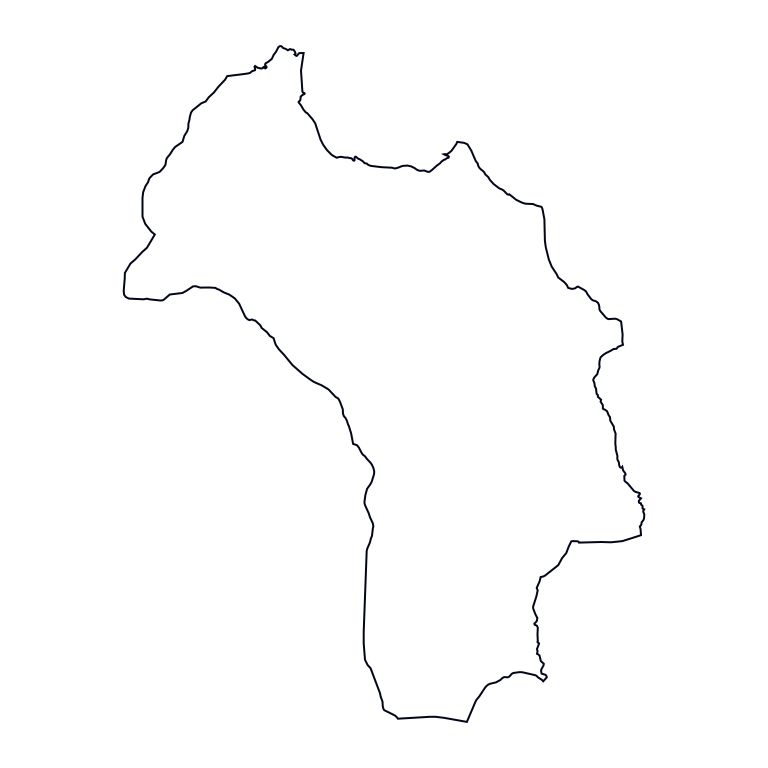 Deleg, Cañar, Ecuador
{"feature_id": "8360857B48088232281675", "entity_name": "Deleg", "entity_type": "district", "adm_level": 2, "iso_a3": "ECU", "parent_name": "Ecuador", "parent_adm1": "Cañar", "projection": "mercator", "projection_center": [-78.939, -2.766], "detail": "fine", "context": "isolated", "style": "outline", "palette": "ink", "viewbox_px": 768, "rotation_deg": 0, "n_neighbors": 0, "source": "geoboundaries", "source_scale": "gbopen_adm2", "svg_char_len": 6068}
<svg xmlns="http://www.w3.org/2000/svg" viewBox="0 0 768 768"><path d="M584.0,289.9L578.0,286.6L577.3,286.7L575.3,288.2L573.2,288.8L571.4,288.8L568.2,287.9L566.8,285.0L564.0,281.9L558.2,277.5L556.8,274.4L551.7,266.6L548.8,259.4L545.8,247.3L544.9,240.7L544.4,219.3L542.6,209.7L542.0,207.8L541.3,206.8L536.6,205.6L532.9,204.0L526.9,203.8L524.5,203.5L521.7,202.5L516.2,199.8L509.3,194.3L508.7,194.7L507.3,194.3L503.6,190.5L501.6,189.3L499.5,188.5L493.8,184.2L489.8,179.8L488.3,177.1L485.3,174.4L484.4,172.6L483.3,171.3L480.7,169.2L479.2,167.6L478.2,165.7L477.8,163.8L475.6,160.7L471.3,150.6L467.8,144.9L466.9,144.0L463.8,142.8L457.2,141.9L456.4,143.9L451.4,150.9L448.3,153.4L446.3,154.4L445.1,154.1L444.0,154.3L445.8,155.2L448.1,155.9L448.9,156.8L448.5,157.7L446.9,158.2L445.1,159.5L443.8,159.9L441.7,161.4L440.0,163.3L436.6,165.8L432.2,169.8L429.8,171.6L428.8,171.9L427.9,171.9L424.3,170.5L420.2,170.8L418.9,170.6L416.9,169.8L414.8,168.2L411.2,166.4L407.6,165.6L403.5,165.8L401.7,166.2L398.1,167.7L394.9,168.5L392.0,167.7L381.8,167.2L371.0,165.9L368.4,165.0L366.8,163.6L364.5,163.1L362.9,161.3L359.8,159.3L358.2,158.7L355.8,156.7L355.3,156.7L354.6,157.5L354.5,160.4L354.2,160.7L353.7,160.7L352.8,160.0L352.1,158.8L350.8,158.1L349.5,158.1L347.7,157.5L345.5,157.6L341.0,156.8L338.8,157.1L336.7,157.7L332.6,155.5L331.3,154.5L326.9,150.0L323.2,144.8L320.6,139.7L315.2,123.3L312.5,119.2L307.3,113.2L305.8,112.4L303.6,109.8L300.7,104.9L298.7,102.5L298.6,101.9L300.1,100.5L300.4,99.7L300.7,96.6L302.3,95.1L304.5,94.0L304.6,93.4L304.1,92.9L303.0,92.6L302.4,91.6L301.0,70.6L303.6,53.0L299.5,53.1L298.9,53.4L296.8,55.9L296.3,55.9L294.5,54.5L295.3,53.8L295.5,53.2L294.8,51.5L293.7,50.0L293.2,49.7L291.4,49.7L290.5,49.1L289.9,49.1L287.9,50.3L285.9,49.0L283.1,48.0L281.5,46.3L280.9,46.1L279.7,46.2L278.3,47.3L276.0,51.8L273.8,54.6L271.8,58.9L268.4,61.7L265.5,63.4L265.1,64.9L266.5,66.8L266.5,67.5L266.2,67.9L265.2,68.4L264.6,68.1L264.4,66.9L263.9,66.8L262.2,68.4L261.0,68.5L257.8,67.8L255.1,66.0L254.5,66.8L255.2,69.1L255.0,70.2L252.1,71.2L250.0,72.9L248.3,73.4L244.3,74.0L227.2,76.1L225.0,79.8L218.7,86.4L213.8,92.6L208.9,97.1L205.6,101.5L201.3,103.3L192.7,110.2L191.0,112.6L189.7,117.5L189.6,119.1L188.4,123.7L188.3,127.9L187.2,131.2L184.3,135.9L182.5,141.9L175.1,147.0L172.6,150.1L170.2,154.0L166.8,158.2L166.1,160.4L165.4,165.0L162.9,168.5L159.5,172.0L153.1,174.4L150.1,177.5L149.2,178.7L148.0,182.3L145.5,186.1L143.2,192.1L142.5,197.8L142.5,216.6L145.2,223.8L151.3,231.6L154.8,234.5L147.0,247.7L142.2,252.0L135.2,259.5L130.5,263.5L124.9,272.9L124.7,278.9L123.7,290.9L124.1,294.6L125.4,296.6L126.1,297.2L129.0,298.6L143.7,299.3L146.8,298.7L149.9,299.4L160.5,300.5L162.2,300.4L163.7,299.8L169.8,294.5L182.4,293.0L186.4,290.8L193.0,286.4L195.8,286.2L200.2,287.6L209.3,287.5L215.5,287.9L216.7,288.8L219.2,289.7L224.0,292.5L229.1,294.5L232.7,296.9L235.1,298.7L239.2,303.8L245.0,316.3L246.4,318.2L248.2,319.6L249.4,320.1L252.0,319.5L254.1,320.4L255.2,320.5L260.3,325.3L261.7,328.0L267.0,332.2L269.8,335.9L273.6,338.2L275.3,343.6L276.0,345.2L279.0,349.4L284.2,355.0L292.4,365.0L302.6,374.0L309.8,379.2L313.8,381.9L321.8,385.4L328.6,389.5L335.6,397.0L336.7,397.5L338.5,398.8L340.2,402.3L342.8,409.4L343.0,413.7L343.8,416.0L345.4,417.9L346.8,420.5L348.1,424.6L348.8,425.8L351.2,433.7L353.1,443.9L357.0,445.2L358.9,447.6L361.1,452.0L362.6,454.4L365.0,456.3L366.8,458.8L370.6,462.8L372.1,465.1L373.5,468.3L374.2,471.3L374.1,474.0L371.7,481.7L370.4,484.2L367.1,488.8L365.4,495.0L364.5,501.4L364.5,503.2L365.3,505.8L368.6,513.0L370.1,517.5L372.8,523.2L373.4,526.4L372.9,527.9L372.0,535.8L370.8,538.9L370.0,542.3L367.2,548.8L366.7,550.8L363.7,631.9L363.7,643.4L365.0,659.8L367.6,665.0L370.6,668.3L380.0,693.2L380.8,697.0L382.5,701.6L382.8,706.7L383.6,709.3L384.3,710.2L395.1,715.6L397.2,717.6L397.9,718.7L430.0,716.8L435.3,716.8L443.9,717.8L466.9,721.9L475.2,702.3L476.4,699.9L479.3,696.4L485.3,687.3L486.5,686.0L488.1,684.7L489.9,683.8L495.9,682.4L500.2,680.1L502.5,678.0L504.0,677.1L507.8,677.3L508.5,677.0L509.5,676.4L511.8,673.8L513.3,673.0L519.7,672.1L522.6,672.3L535.3,675.2L536.2,675.6L538.2,677.5L541.7,679.7L543.2,681.3L546.3,677.9L546.8,677.0L546.2,675.6L545.5,674.8L541.8,673.7L541.5,673.2L541.1,671.1L541.3,669.4L543.5,665.5L543.8,663.8L540.8,661.0L539.5,655.5L538.4,654.5L537.0,653.8L537.6,651.0L536.9,649.2L539.0,643.8L538.7,642.9L537.7,642.5L537.5,641.6L537.8,641.1L537.5,634.6L537.8,627.6L536.9,625.7L534.8,624.8L534.4,624.1L534.4,623.5L536.2,621.9L537.0,620.3L537.3,618.0L535.5,614.5L533.2,608.6L533.1,606.7L536.4,596.3L537.7,590.3L536.7,587.9L539.5,581.6L540.7,577.0L543.2,576.5L545.0,575.6L558.3,565.1L562.1,558.1L566.3,553.0L568.6,546.9L571.2,541.5L572.1,541.1L577.8,541.3L578.8,541.9L579.0,542.6L601.3,542.0L611.1,542.3L622.4,541.1L641.0,535.2L640.6,529.4L639.8,526.5L641.2,525.0L641.7,522.2L643.3,520.3L644.0,518.5L644.3,515.1L644.1,513.5L643.5,512.7L643.2,511.1L644.2,509.3L642.8,508.7L642.5,508.3L642.6,506.2L642.4,505.7L641.1,504.6L641.0,503.4L639.2,502.8L638.9,502.3L638.8,501.2L639.0,500.7L641.0,498.3L638.6,497.1L638.2,496.2L639.7,494.3L639.9,493.6L639.4,493.0L635.4,491.8L634.0,491.0L627.6,483.4L625.2,481.5L624.5,480.6L624.3,475.9L625.5,474.7L625.6,474.2L625.0,472.9L623.1,470.4L622.3,466.8L621.6,467.6L620.9,467.7L620.0,467.2L619.2,465.3L618.8,462.0L617.7,460.3L617.3,458.6L617.4,455.9L615.8,449.8L615.7,446.5L615.3,443.8L615.6,433.6L614.0,429.3L613.9,426.8L610.3,420.7L610.0,417.1L608.7,415.3L607.1,411.3L605.0,409.7L603.2,409.0L602.9,408.3L602.8,405.1L600.6,401.7L601.1,399.7L597.9,396.8L597.8,395.0L596.9,394.2L596.5,393.1L596.0,388.5L594.8,386.3L594.4,383.0L593.3,380.5L593.3,379.5L594.2,377.6L597.3,374.1L598.2,370.5L599.4,367.9L599.6,366.5L599.3,364.6L599.5,361.5L600.2,358.4L600.9,357.0L603.5,354.7L606.3,352.9L610.3,351.0L613.6,349.0L616.4,348.8L618.1,346.8L623.0,344.8L622.3,341.5L622.6,334.4L621.1,321.5L617.3,319.3L615.2,318.7L608.6,319.1L607.6,318.8L605.9,317.6L600.3,311.1L599.4,309.3L599.4,307.3L598.9,304.8L597.9,302.7L596.0,301.3L592.8,300.3L591.4,299.3L587.9,294.8L585.9,291.3L584.0,289.9Z" fill="none" stroke="#020617" stroke-width="2"/></svg>